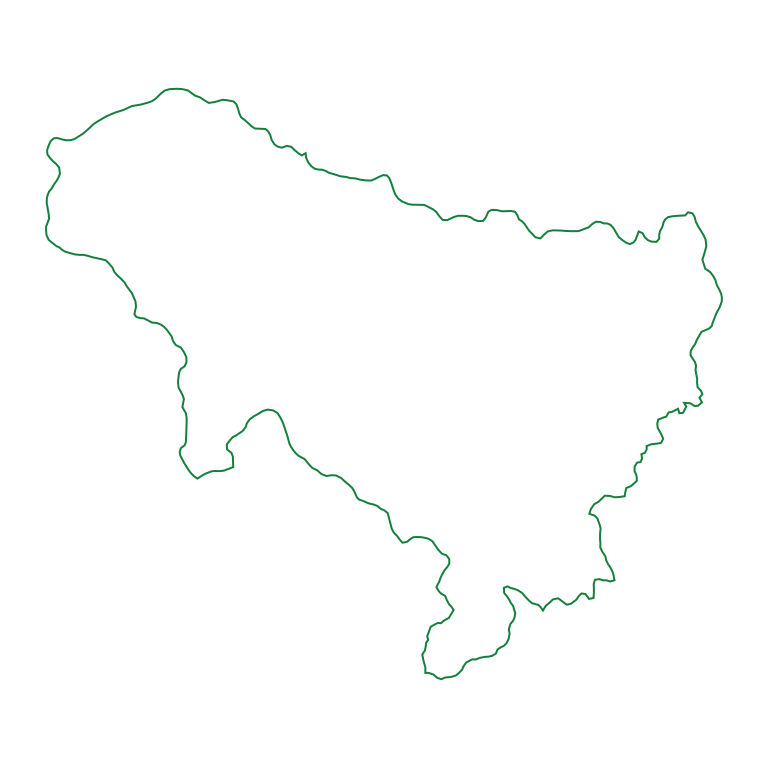 Bonfinópolis de Minas, Minas Gerais, Brazil (Mercator projection)
{"feature_id": "56859067B95286677835822", "entity_name": "Bonfinópolis de Minas", "entity_type": "district", "adm_level": 2, "iso_a3": "BRA", "parent_name": "Brazil", "parent_adm1": "Minas Gerais", "projection": "mercator", "projection_center": [-46.185, -16.522], "detail": "fine", "context": "isolated", "style": "outline", "palette": "green", "viewbox_px": 768, "rotation_deg": 0, "n_neighbors": 0, "source": "geoboundaries", "source_scale": "gbopen_adm2", "svg_char_len": 6073}
<svg xmlns="http://www.w3.org/2000/svg" viewBox="0 0 768 768"><path d="M265.4,129.0L254.9,128.5L251.7,126.3L244.7,120.0L241.1,117.3L239.4,113.7L238.0,108.7L236.4,104.3L233.6,101.5L227.0,100.2L222.5,99.8L218.9,100.9L213.8,102.2L208.8,102.9L204.7,100.5L200.3,97.5L195.0,95.6L188.0,90.5L184.6,89.6L181.2,89.0L176.3,88.8L169.4,89.2L164.7,90.6L161.4,93.1L155.5,98.8L151.7,101.3L147.7,102.7L140.6,104.6L131.7,106.1L124.1,109.7L120.8,110.8L115.2,112.5L106.2,116.4L97.3,121.6L93.0,124.5L90.4,127.2L83.1,133.6L74.4,139.1L70.8,140.1L66.7,140.3L62.3,139.5L57.0,137.9L53.6,138.4L50.5,141.3L48.7,145.5L47.1,150.2L47.4,154.4L50.1,158.1L52.9,161.2L56.0,163.8L59.2,167.6L59.9,173.9L58.7,177.0L56.8,180.5L54.1,184.3L51.7,188.4L49.0,191.7L47.7,194.8L46.9,198.0L46.7,202.8L48.7,214.2L49.1,218.8L46.1,226.6L46.1,230.6L46.5,235.1L48.7,239.9L56.3,246.0L59.5,247.5L62.3,250.0L65.7,251.9L75.3,254.5L79.9,254.9L83.8,254.9L87.7,255.8L92.2,257.2L96.5,258.1L105.7,260.2L108.9,263.4L112.3,267.4L114.4,272.0L117.2,275.3L121.0,278.7L124.6,282.5L126.5,285.9L132.0,293.3L135.5,301.5L136.0,306.9L134.4,314.1L136.4,317.0L140.3,318.1L143.9,318.4L147.7,320.2L151.7,322.5L156.8,323.0L160.7,324.5L164.0,326.8L166.7,329.6L171.7,336.5L173.1,341.2L175.9,345.1L180.9,347.6L184.1,352.4L186.3,357.1L186.5,362.2L184.6,366.3L180.7,369.0L179.0,372.9L178.0,381.8L178.5,387.4L182.8,395.6L183.9,399.2L182.4,407.1L186.0,413.5L186.7,418.9L186.2,435.5L185.8,442.7L184.3,445.6L180.8,448.2L179.7,452.2L180.3,455.6L184.1,462.9L189.1,470.8L191.5,473.7L193.8,476.0L197.3,478.6L204.7,474.0L211.6,471.3L214.7,471.0L220.5,471.1L224.0,470.6L233.2,467.1L232.9,456.7L231.4,452.8L227.1,449.5L226.8,444.5L229.7,440.6L232.7,437.2L236.0,435.5L242.5,431.1L245.7,427.1L246.9,423.2L249.8,419.3L253.7,416.4L257.8,414.1L262.8,411.0L267.7,409.6L273.2,410.4L277.7,413.2L280.7,418.2L282.9,422.7L287.5,436.4L289.4,443.6L291.1,447.0L293.7,450.8L296.0,453.5L298.6,455.8L304.8,459.2L308.3,463.6L312.3,468.0L317.3,470.3L321.3,474.0L326.4,476.0L331.7,475.2L336.2,475.5L341.1,478.0L345.0,481.6L348.8,484.7L352.2,487.9L354.2,491.1L357.0,497.5L359.4,499.8L362.6,500.7L365.9,502.2L369.7,503.7L373.3,504.4L377.3,505.9L380.7,508.8L384.4,510.4L387.7,513.1L391.8,528.8L393.7,532.4L397.2,536.1L399.8,539.7L402.5,542.7L407.1,541.8L410.4,539.0L413.3,537.2L416.9,537.0L421.6,537.2L426.4,538.1L429.5,539.3L432.4,541.3L437.9,549.3L441.9,553.7L446.4,555.3L449.3,559.2L449.3,563.6L447.4,566.9L444.7,570.0L440.9,576.9L439.2,581.7L436.4,587.1L439.0,591.5L441.5,593.9L445.2,595.9L446.9,600.2L449.1,604.3L451.5,606.8L453.6,610.0L448.9,617.9L444.5,620.2L440.9,623.2L437.7,623.0L434.3,624.7L430.7,626.8L427.2,636.2L428.1,640.0L426.1,642.9L425.7,646.6L424.9,650.4L422.3,654.6L423.5,660.7L425.4,667.5L425.3,672.9L428.6,672.9L433.2,674.4L437.3,677.9L441.5,679.2L444.5,677.6L450.9,677.0L456.1,675.4L459.4,672.5L462.1,669.6L463.5,666.3L466.1,662.6L471.9,659.4L476.1,659.4L479.6,657.9L484.8,656.9L489.0,656.6L492.4,655.7L495.9,653.6L497.5,649.5L500.8,647.3L503.8,645.9L506.2,643.7L508.5,639.3L509.6,633.8L508.8,629.3L510.4,624.0L513.0,620.9L514.5,617.7L515.3,612.9L514.1,609.7L513.1,605.9L511.1,603.4L509.2,599.7L507.1,596.5L504.2,593.0L503.9,587.8L507.8,586.4L510.6,588.0L513.7,588.7L518.0,590.3L522.3,593.1L525.3,596.8L529.0,600.6L531.9,603.1L538.5,605.0L540.9,607.5L543.0,610.5L545.7,605.9L549.5,602.7L553.0,599.4L558.2,598.3L566.7,604.7L570.9,603.8L576.2,599.8L579.0,595.9L581.4,593.5L585.5,594.0L589.0,598.9L593.5,598.0L593.9,592.8L593.9,588.3L593.7,583.9L595.0,579.8L599.5,579.1L603.0,580.3L606.6,580.3L609.9,581.5L614.5,580.3L613.7,576.0L612.9,572.6L610.9,568.4L608.2,564.4L606.4,560.8L605.2,556.0L602.3,551.7L600.3,547.5L600.4,543.1L600.0,538.5L600.1,533.3L600.6,528.5L599.8,525.2L597.4,518.5L594.5,515.6L589.3,513.8L590.9,509.0L594.3,504.1L598.5,501.8L604.8,495.7L609.7,495.9L614.8,497.3L619.3,497.0L624.7,496.2L625.2,492.7L626.2,488.0L631.0,486.1L636.8,480.9L636.8,477.7L636.1,474.4L634.6,471.4L634.6,466.7L637.1,462.6L640.5,462.0L642.1,458.5L641.4,454.2L644.8,452.9L646.7,449.4L646.7,446.0L651.5,444.2L657.3,443.6L661.2,442.8L663.2,438.8L661.4,434.5L657.6,427.7L657.3,423.6L658.1,419.7L662.4,417.9L666.3,416.6L668.7,412.4L672.0,411.9L678.0,408.8L679.4,413.2L682.9,412.9L684.9,409.4L686.3,406.4L684.1,402.9L690.4,403.3L694.5,406.0L697.9,405.8L702.0,402.4L699.4,397.6L702.4,394.2L701.0,390.8L697.6,387.3L697.1,382.9L697.1,378.7L695.5,370.0L696.1,365.7L694.9,361.9L692.4,358.3L690.5,355.1L690.7,351.3L692.1,348.3L695.2,343.9L696.9,339.7L701.5,331.8L709.0,328.6L711.7,326.1L712.6,323.0L716.1,313.9L719.9,306.7L721.7,301.7L721.9,297.6L721.3,294.2L719.2,289.4L716.9,285.2L715.3,279.8L713.1,275.9L710.2,272.1L705.2,268.7L702.4,259.7L704.9,251.6L706.3,246.4L705.6,239.6L703.6,235.2L698.3,226.6L695.9,221.8L694.5,216.7L692.4,213.3L688.0,212.3L685.2,215.4L676.2,215.9L672.3,216.3L668.0,217.2L665.3,219.3L663.6,222.2L662.4,226.8L660.0,231.2L659.2,234.8L659.2,238.9L656.3,241.9L651.4,241.6L647.9,240.1L644.7,237.1L642.6,233.2L638.7,231.5L635.6,239.8L633.6,242.4L629.8,244.1L625.9,242.6L622.7,240.3L618.9,237.3L613.3,227.9L610.6,224.9L607.1,223.4L603.7,223.4L600.4,222.0L595.9,221.7L591.9,224.3L588.7,227.3L578.6,231.1L571.5,231.2L565.0,230.9L561.9,230.6L552.7,230.3L547.6,231.5L543.7,235.0L540.4,238.4L535.5,237.3L529.1,230.7L524.3,223.6L521.7,221.1L518.9,219.3L517.5,215.4L515.0,211.8L510.9,211.0L502.0,211.3L496.9,210.1L491.4,209.9L488.4,211.7L485.5,217.9L483.1,220.9L478.1,221.1L474.2,219.7L470.4,217.2L466.8,216.1L463.6,215.8L458.2,215.8L453.9,217.0L447.1,220.2L442.6,219.9L439.0,215.8L436.2,211.8L433.1,209.4L427.1,206.3L424.1,204.9L412.8,204.7L408.6,204.2L402.0,201.4L398.3,198.7L395.5,194.8L393.8,190.8L391.3,183.1L389.4,178.2L387.0,175.5L383.2,175.1L378.3,177.2L374.7,179.1L371.3,180.5L365.7,180.4L360.4,179.7L355.4,178.4L350.3,178.1L346.4,177.0L340.4,176.3L333.4,174.0L329.2,172.9L325.9,171.0L322.0,169.7L318.4,169.6L314.7,168.7L311.4,166.3L308.4,162.6L306.1,157.8L305.6,153.2L301.7,155.4L298.3,153.2L294.5,150.0L291.3,146.8L286.8,145.9L282.0,147.7L277.7,146.6L274.4,144.3L271.7,140.0L270.1,134.7L268.1,131.3L265.4,129.0Z" fill="none" stroke="#15803d" stroke-width="2"/></svg>